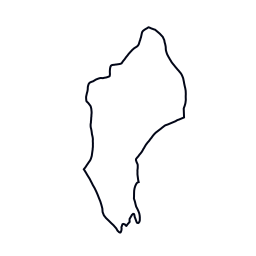 Habil Jabr, Lahij, Yemen, rotated 107°
{"feature_id": "15242507B45495192341807", "entity_name": "Habil Jabr", "entity_type": "district", "adm_level": 2, "iso_a3": "YEM", "parent_name": "Yemen", "parent_adm1": "Lahij", "projection": "orthographic", "projection_center": [45.08, 13.602], "detail": "fine", "context": "isolated", "style": "outline", "palette": "ink", "viewbox_px": 256, "rotation_deg": 107, "n_neighbors": 0, "source": "geoboundaries", "source_scale": "gbopen_adm2", "svg_char_len": 4600}
<svg xmlns="http://www.w3.org/2000/svg" viewBox="0 0 256 256"><g transform="rotate(107 128 128)"><path d="M176.6,102.0L175.9,102.4L174.9,103.0L173.8,103.5L172.7,104.0L171.6,104.5L170.5,105.0L169.3,105.5L168.2,105.8L166.9,106.2L165.8,106.6L164.6,106.8L163.5,107.0L163.4,107.0L162.5,107.3L161.4,107.6L160.3,108.0L159.3,108.7L158.6,109.4L158.4,109.5L158.0,109.9L157.4,110.3L156.8,110.7L156.4,111.0L156.0,111.1L155.6,111.2L155.2,111.2L153.6,110.6L152.6,110.1L151.9,109.8L151.2,109.6L149.8,109.1L149.0,108.7L146.9,107.9L146.1,107.7L144.9,107.4L143.7,107.2L142.4,106.8L140.9,106.5L139.7,106.2L138.5,105.9L137.3,105.4L136.1,105.0L134.9,104.4L133.7,103.9L132.7,103.6L131.6,103.2L130.5,102.7L129.2,102.3L128.1,101.9L127.1,101.5L125.8,100.9L124.7,100.3L123.7,99.7L122.8,99.0L121.8,98.3L120.8,97.6L119.7,96.8L118.7,96.1L117.6,95.4L116.5,94.6L115.5,93.9L114.5,93.1L113.8,92.1L113.0,91.0L107.5,84.4L106.6,83.7L105.7,82.7L105.1,81.8L101.5,77.5L93.1,80.4L91.9,80.4L90.8,80.3L89.6,80.3L88.5,80.3L87.2,80.4L86.1,80.6L84.9,80.8L83.7,81.1L82.6,81.5L81.4,81.9L80.4,82.2L79.2,82.5L77.9,82.9L76.8,83.3L75.6,83.7L74.4,84.3L73.2,84.9L72.2,85.5L71.0,86.2L69.9,86.8L68.8,87.4L67.6,88.0L66.5,88.6L65.4,89.2L64.3,89.8L63.4,90.5L62.3,91.4L61.3,92.3L60.4,93.3L59.7,94.3L59.0,95.4L58.3,96.4L57.7,97.5L56.9,98.7L56.2,99.8L55.5,100.9L54.7,102.0L54.0,103.1L53.4,104.0L52.7,105.0L52.0,105.9L51.1,106.8L50.1,108.0L49.2,108.9L48.3,109.9L47.4,110.8L46.6,111.6L45.7,112.4L44.7,113.1L43.5,113.9L42.5,114.5L41.3,115.0L40.1,115.4L38.9,115.9L37.8,116.5L36.7,117.1L35.7,117.8L34.6,118.4L33.4,119.0L30.7,121.4L28.5,125.2L26.1,130.8L26.1,131.1L26.1,132.3L26.0,133.6L26.0,134.7L25.8,135.9L25.7,137.0L25.7,137.8L26.2,138.3L27.1,139.0L27.9,139.8L28.8,140.6L29.7,141.3L30.7,142.0L31.7,142.4L32.9,142.5L34.1,142.4L35.3,142.3L36.5,142.2L37.7,142.1L38.8,142.2L40.1,142.1L41.3,142.2L42.4,142.2L43.6,142.2L44.9,142.2L46.0,142.5L47.1,143.0L48.1,143.8L49.0,144.6L49.9,145.4L50.9,146.0L52.0,146.7L53.3,147.3L54.5,147.9L55.8,148.5L57.1,149.1L58.3,149.5L59.8,150.1L61.2,150.7L62.3,151.0L63.4,151.4L64.6,151.9L65.8,152.4L66.9,152.7L68.1,153.1L68.9,154.1L69.5,155.2L70.0,156.3L70.5,157.3L71.0,158.5L71.5,159.5L72.0,160.7L72.5,161.7L73.4,162.5L74.6,162.7L76.0,162.6L77.2,162.4L78.5,162.1L79.6,161.8L80.7,161.4L81.8,161.0L83.0,160.8L83.5,160.7L84.0,160.9L84.4,161.3L85.0,162.1L86.0,163.5L87.0,165.5L87.7,166.6L87.9,167.7L88.2,168.8L88.8,169.9L89.5,170.9L90.2,171.8L90.9,172.7L91.9,173.6L92.7,174.3L93.6,175.1L94.3,176.1L95.0,177.0L95.8,177.8L97.0,178.4L98.2,178.5L99.3,178.5L100.6,178.4L101.7,178.1L102.9,177.8L104.2,177.6L105.4,177.5L106.6,177.5L107.9,177.4L109.1,177.3L110.3,177.2L111.4,176.9L112.7,176.4L113.7,176.0L114.7,175.4L115.2,174.3L115.8,173.2L116.6,172.1L117.3,171.1L118.1,170.1L119.2,169.4L120.4,168.7L121.6,168.2L122.8,167.7L123.9,167.3L125.1,167.0L126.2,166.8L127.6,166.4L128.9,166.2L130.0,165.9L131.2,165.6L132.4,165.4L133.9,165.0L135.1,164.9L136.2,164.6L137.4,164.2L138.5,163.7L139.6,163.0L140.9,162.3L141.9,161.8L143.2,161.2L144.4,160.7L145.4,160.1L146.6,159.4L147.8,158.8L149.0,158.3L150.2,158.0L151.5,157.6L152.8,157.1L154.3,156.7L155.5,156.3L156.6,156.0L157.8,155.8L159.0,155.5L160.3,155.3L161.6,155.1L162.8,154.9L164.1,154.7L165.3,154.5L166.5,154.5L167.9,154.5L169.1,154.6L170.2,154.8L171.4,155.2L172.5,155.6L173.6,155.9L174.8,156.3L176.1,156.7L177.3,157.0L178.4,157.4L178.7,157.5L179.6,157.9L180.4,158.2L182.1,156.2L182.8,155.4L185.2,152.8L187.7,149.9L190.2,147.5L191.8,145.9L192.3,145.5L192.8,145.0L195.2,142.4L198.0,139.8L200.7,137.5L203.5,135.3L206.3,133.0L209.4,130.9L212.5,129.0L215.8,127.7L218.6,125.5L220.6,122.6L222.2,119.4L223.9,116.2L225.2,113.5L225.5,113.0L225.7,112.7L227.5,109.8L227.9,109.4L228.7,108.6L229.4,107.8L229.7,107.0L230.1,106.4L230.3,105.6L230.3,105.0L230.2,104.8L230.0,104.6L229.7,104.5L228.9,104.4L227.7,104.4L227.1,104.5L226.1,104.7L225.6,105.0L224.7,105.3L223.9,105.2L223.2,105.2L222.4,105.2L221.6,105.1L221.1,104.4L221.1,103.6L221.1,102.9L221.3,102.5L221.7,101.9L222.0,101.5L222.0,101.2L222.0,100.9L220.2,100.3L218.7,99.6L217.3,99.0L217.2,99.1L214.5,99.9L210.8,99.0L210.1,98.9L208.6,98.0L208.5,97.6L208.5,97.2L209.1,96.6L210.5,95.9L211.2,95.5L212.2,94.7L215.0,92.6L215.9,91.8L216.0,91.4L215.9,90.5L215.8,90.4L215.5,90.1L214.3,89.7L214.2,89.7L213.5,89.7L213.2,89.7L212.6,89.8L209.9,90.6L208.2,91.3L206.5,92.2L204.9,93.4L203.7,94.4L203.5,94.6L202.3,95.7L200.8,97.2L198.4,98.7L196.8,99.6L195.3,100.6L194.5,101.2L193.5,101.8L192.1,102.1L191.8,102.2L188.7,103.1L186.1,103.8L183.7,104.1L181.4,104.1L179.3,103.8L178.6,103.6L177.8,103.3L176.9,102.5L176.6,102.0Z" fill="none" stroke="#020617" stroke-width="2"/></g></svg>